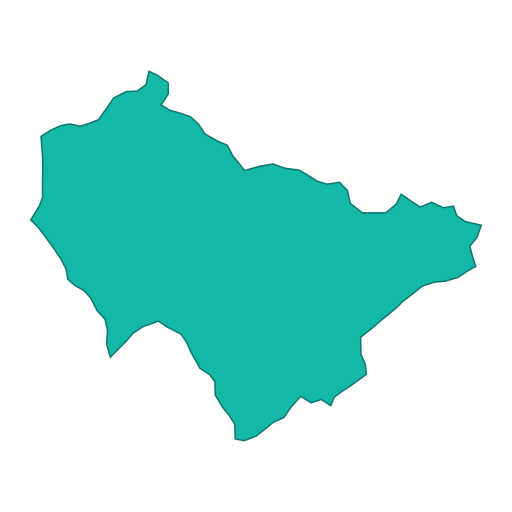 the district of Lagoa Seca, Paraíba, Brazil
{"feature_id": "56859067B23041586194223", "entity_name": "Lagoa Seca", "entity_type": "district", "adm_level": 2, "iso_a3": "BRA", "parent_name": "Brazil", "parent_adm1": "Paraíba", "projection": "mercator", "projection_center": [-35.864, -7.147], "detail": "fine", "context": "isolated", "style": "filled", "palette": "teal", "viewbox_px": 512, "rotation_deg": 0, "n_neighbors": 0, "source": "geoboundaries", "source_scale": "gbopen_adm2", "svg_char_len": 1528}
<svg xmlns="http://www.w3.org/2000/svg" viewBox="0 0 512 512"><path d="M330.8,405.6L334.2,397.2L342.6,390.9L350.1,386.1L366.3,374.3L365.4,364.5L361.0,354.5L360.6,337.3L372.5,327.8L381.4,320.0L389.4,313.6L396.4,307.8L403.0,301.2L412.6,293.9L422.3,286.0L434.6,282.1L445.1,281.2L457.8,277.5L467.7,270.8L475.8,266.4L472.5,256.5L469.9,246.2L477.1,237.1L481.3,225.3L464.9,221.4L456.7,215.6L453.5,206.2L443.1,207.7L431.7,202.3L420.1,207.1L410.2,200.5L401.2,194.2L396.1,204.3L385.6,212.9L374.7,212.9L362.4,212.9L350.3,203.4L347.4,190.5L339.5,182.3L327.2,184.2L317.8,181.4L299.3,170.1L284.7,168.2L273.0,164.0L260.1,166.2L244.7,170.5L232.8,155.8L227.3,145.3L217.3,141.0L205.0,134.0L198.4,124.0L190.5,116.8L180.0,113.1L169.8,110.3L161.1,104.9L168.3,94.0L168.3,83.1L157.1,75.1L149.0,71.3L146.1,84.6L137.1,91.1L126.2,91.6L113.7,97.9L106.0,109.2L98.5,119.7L88.8,123.5L80.1,126.2L69.8,124.0L61.2,125.5L50.9,130.1L41.0,136.4L41.6,145.3L42.5,154.9L42.8,166.2L42.5,183.4L42.5,197.7L39.2,206.2L30.7,219.9L38.3,227.5L44.9,236.2L53.3,247.8L60.8,258.9L66.0,268.8L67.8,279.3L74.4,285.1L84.0,290.6L90.6,297.8L97.2,310.8L105.1,319.3L107.5,330.6L106.6,343.9L110.3,357.2L118.9,348.5L127.3,340.0L132.8,333.4L142.9,326.7L158.4,321.1L167.0,326.9L181.2,334.3L186.7,342.6L190.9,352.1L199.9,368.2L209.8,374.8L214.9,381.9L215.3,395.2L222.5,407.2L228.7,414.8L234.8,424.3L235.2,438.9L244.2,440.7L256.1,436.1L264.5,429.5L273.4,422.2L283.8,417.6L291.0,407.2L300.7,396.3L311.0,402.8L321.1,399.5L330.8,405.6Z" fill="#14b8a6" stroke="#0f766e" stroke-width="1.5"/></svg>